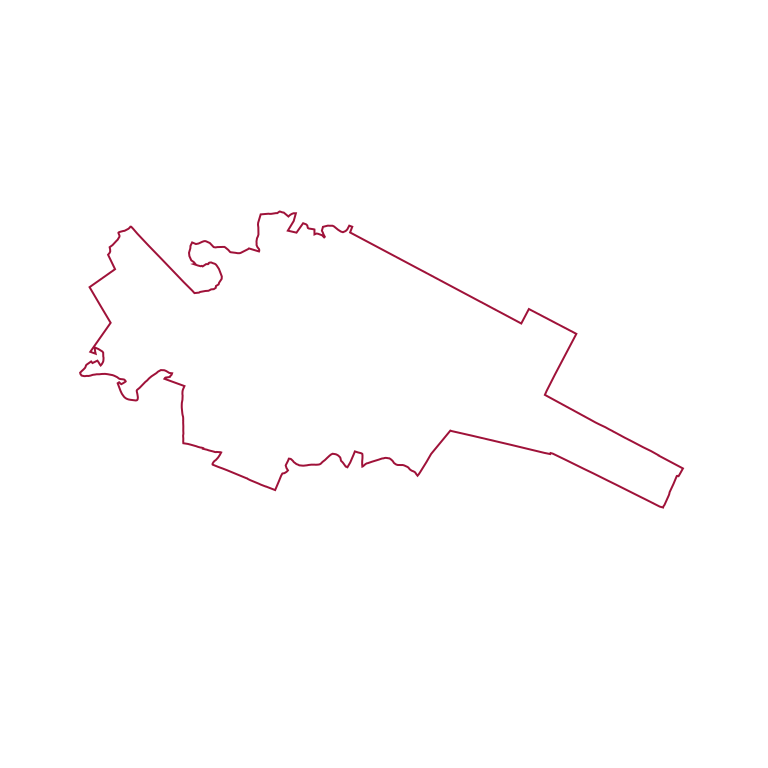 Stoenesti, Giurgiu, Romania (Mercator projection), rotated 290°
{"feature_id": "2599482B4424245077125", "entity_name": "Stoenesti", "entity_type": "district", "adm_level": 2, "iso_a3": "ROU", "parent_name": "Romania", "parent_adm1": "Giurgiu", "projection": "mercator", "projection_center": [25.883, 44.12], "detail": "fine", "context": "isolated", "style": "outline", "palette": "rose", "viewbox_px": 768, "rotation_deg": 290, "n_neighbors": 0, "source": "geoboundaries", "source_scale": "gbopen_adm2", "svg_char_len": 6076}
<svg xmlns="http://www.w3.org/2000/svg" viewBox="0 0 768 768"><g transform="rotate(290 384 384)"><path d="M406.9,693.8L410.7,666.5L410.9,666.5L412.3,657.9L413.2,649.2L414.9,636.6L415.9,628.5L417.6,617.0L417.7,615.7L417.9,615.2L418.4,611.1L419.1,606.8L419.7,600.2L420.2,595.8L421.0,590.7L428.8,538.9L433.3,539.2L451.4,541.4L496.9,547.6L504.0,494.5L487.8,492.3L502.8,385.9L514.8,300.3L520.9,300.4L520.9,297.2L516.6,296.6L514.6,295.6L512.6,293.5L512.5,291.4L513.2,288.2L515.0,283.0L515.1,281.5L513.5,276.9L510.8,272.9L506.8,273.2L505.4,274.7L503.9,276.0L502.1,278.0L501.3,277.6L502.6,274.9L502.6,270.6L502.3,269.1L500.8,267.5L505.4,265.8L505.4,265.3L504.4,260.2L504.6,259.1L505.4,258.5L506.7,257.7L507.3,256.5L507.4,256.0L507.4,253.0L496.3,250.0L495.2,241.2L506.2,243.4L514.3,242.8L513.5,240.6L512.2,239.1L511.2,238.3L510.2,237.6L508.7,236.9L510.8,231.2L510.5,229.6L510.5,227.4L510.3,226.8L508.1,225.3L507.6,224.0L505.4,220.0L504.8,218.5L504.5,217.2L501.2,210.1L492.5,210.6L490.6,211.1L488.1,212.4L481.5,214.9L479.5,215.0L477.5,214.8L474.4,215.4L472.3,216.3L471.0,216.7L469.3,218.3L468.1,220.3L467.5,220.8L466.5,221.2L465.8,221.2L465.2,210.7L464.3,210.2L458.1,204.4L457.4,203.3L456.9,201.9L456.5,199.7L455.4,194.9L455.4,194.3L456.8,191.7L458.1,188.0L458.2,187.0L455.7,180.7L454.7,178.9L454.4,177.1L456.9,172.1L457.2,168.4L457.2,167.5L456.7,166.1L455.6,164.7L452.6,161.7L451.2,159.4L451.4,155.3L447.6,154.9L445.3,155.6L440.6,155.9L437.6,157.4L434.3,160.6L433.5,163.6L432.4,165.5L431.6,164.3L431.7,168.8L432.0,171.5L432.7,172.4L432.5,173.4L435.8,175.8L436.5,177.7L437.0,178.0L437.6,177.9L438.2,178.3L438.7,179.1L439.1,180.1L439.0,181.8L439.1,183.6L439.0,184.4L438.7,185.3L437.8,186.7L435.6,189.6L429.6,194.8L427.3,195.5L422.8,194.4L421.0,194.5L418.6,192.6L416.8,193.0L414.9,191.6L413.8,189.2L411.6,187.2L410.3,184.3L407.6,179.7L406.6,178.9L404.6,174.8L406.1,172.0L411.3,160.8L425.2,132.6L433.6,115.3L440.9,100.8L444.1,95.1L445.1,93.1L445.3,92.6L445.1,91.9L444.1,91.6L442.5,90.8L439.2,87.8L438.7,86.8L436.9,84.2L436.2,83.3L435.6,82.8L435.4,82.7L434.9,82.9L433.1,84.6L432.4,84.9L431.8,85.0L431.2,84.9L430.4,84.7L428.6,84.4L426.9,83.6L421.7,81.4L418.7,79.4L416.8,80.6L414.9,81.4L414.4,81.4L413.3,81.3L411.1,80.5L399.9,92.0L374.3,74.2L360.0,91.5L348.0,106.2L313.8,97.0L313.8,102.7L316.0,101.3L317.8,100.4L319.4,99.8L319.2,103.5L318.2,108.3L317.4,109.4L313.8,110.8L313.1,111.3L311.8,111.8L309.6,112.4L308.4,112.4L307.0,112.2L306.0,112.0L304.5,111.4L304.9,110.7L306.9,108.2L307.9,106.7L304.0,102.9L305.0,101.1L300.4,97.9L299.5,97.6L298.2,97.7L296.8,97.5L295.0,96.7L292.5,95.4L290.7,94.6L289.6,95.3L288.5,96.9L288.8,99.4L289.2,100.5L290.0,102.0L290.4,103.4L291.5,105.3L293.0,107.2L294.3,109.7L294.9,110.7L295.8,113.2L296.9,115.4L298.1,118.4L298.7,121.0L299.5,125.9L299.5,127.6L299.2,130.6L299.1,131.1L298.5,133.0L298.4,133.8L298.6,135.1L299.0,136.6L299.2,137.6L299.3,138.2L299.1,138.9L298.6,139.9L298.1,140.4L297.8,140.3L295.7,138.7L294.0,137.2L294.3,136.1L295.0,134.5L293.6,133.5L287.5,138.7L285.2,141.0L284.0,142.7L282.9,144.4L282.3,146.1L282.1,147.5L282.1,149.2L282.4,151.0L283.6,156.3L284.1,157.2L284.7,157.6L285.5,157.7L286.0,157.6L287.2,157.3L288.0,156.9L290.5,155.5L291.7,154.7L292.9,154.0L293.2,153.9L294.0,154.0L296.9,155.7L304.3,159.0L306.3,160.2L308.9,161.3L311.7,162.9L316.4,166.4L318.3,167.4L320.8,169.6L321.0,170.4L321.3,171.3L321.8,172.9L321.7,174.9L321.0,178.4L321.2,179.5L321.6,181.2L320.0,181.2L319.2,180.9L319.1,180.7L318.7,180.5L317.5,180.4L317.3,180.1L316.6,179.0L316.1,178.0L315.3,176.5L314.9,176.2L313.8,175.9L313.8,197.2L310.7,197.0L309.3,197.0L307.7,197.3L305.6,198.0L304.3,198.7L300.2,200.0L297.1,200.5L294.6,201.3L292.5,202.1L287.5,204.5L286.2,205.2L284.3,206.5L282.2,207.4L281.3,207.6L280.8,207.9L279.0,208.5L275.6,209.9L271.6,211.3L268.7,212.5L266.7,212.9L264.0,214.1L261.0,215.1L259.7,215.7L260.6,220.1L260.9,223.3L261.3,228.8L261.3,230.8L261.5,233.1L261.8,234.3L261.9,236.0L261.2,236.0L261.7,240.2L261.7,241.8L262.3,247.8L262.2,247.9L262.5,249.5L262.9,249.9L264.0,253.8L264.0,254.4L262.0,254.1L261.6,254.1L258.0,253.2L255.1,252.0L254.1,251.3L253.2,250.8L252.3,250.5L250.8,250.2L250.3,250.2L249.9,250.3L249.6,250.6L249.4,256.6L249.4,261.3L249.3,266.0L248.4,286.9L248.4,287.3L248.5,287.5L248.2,288.5L247.9,291.1L247.5,300.4L247.3,302.5L247.2,307.3L247.2,307.9L247.3,308.0L247.1,318.0L256.9,318.5L262.5,318.7L264.6,319.0L265.1,319.1L265.3,319.3L266.0,320.7L266.4,321.1L267.9,322.3L268.6,322.7L270.0,323.3L271.6,321.2L272.9,320.2L273.8,319.5L274.3,319.5L279.3,320.1L280.6,320.1L281.3,320.1L281.6,321.2L281.6,322.4L280.6,324.7L279.8,325.9L279.5,326.8L279.3,327.7L278.9,328.7L278.8,329.3L278.8,330.8L278.6,332.2L279.4,335.3L279.9,336.7L281.3,339.5L282.1,340.8L283.4,343.4L285.0,348.0L285.5,349.2L286.1,350.4L286.6,351.1L287.4,351.8L289.8,352.9L292.5,354.6L295.0,355.8L298.1,357.4L299.7,358.4L300.9,359.6L301.0,360.2L301.4,362.1L301.5,363.4L301.2,365.2L300.9,366.0L300.1,367.8L299.5,368.4L297.7,369.5L297.1,370.0L296.4,371.6L295.7,372.8L293.3,376.3L293.5,377.0L293.2,377.8L293.2,378.1L298.6,379.1L307.3,379.6L310.7,379.7L310.8,382.9L311.1,385.7L311.1,386.9L310.9,387.5L309.6,388.2L307.0,389.1L304.0,389.9L300.9,391.0L299.0,391.9L299.5,392.4L302.4,394.0L303.5,394.9L304.1,395.9L306.8,399.2L311.1,404.9L313.3,407.6L313.8,408.6L314.1,409.2L314.5,409.6L315.2,410.9L315.5,412.2L315.8,414.0L316.0,414.5L315.6,416.1L314.9,417.9L314.3,419.0L313.3,420.2L312.7,422.1L312.5,423.1L312.6,424.6L313.8,428.1L314.1,428.7L314.3,429.6L314.4,430.9L314.2,433.1L314.1,434.4L313.8,435.5L312.6,437.5L312.1,439.3L312.0,440.1L312.0,441.4L311.8,442.9L311.4,443.8L310.4,445.1L309.3,446.9L311.3,447.6L313.9,448.2L325.3,450.6L334.4,452.2L362.9,462.3L362.9,463.6L365.7,485.8L370.3,524.5L374.1,558.1L375.0,564.1L376.1,564.1L376.3,566.4L374.7,582.0L372.6,601.1L371.6,611.3L369.7,627.9L368.8,636.3L368.7,637.1L365.5,664.7L365.3,666.6L364.7,671.8L363.1,685.1L363.4,688.5L364.5,688.4L366.2,688.9L367.3,689.0L376.8,689.7L378.1,689.7L380.0,689.4L389.1,690.2L397.7,690.6L397.9,690.8L398.0,691.1L398.0,692.1L398.1,692.3L400.1,692.7L406.9,693.8Z" fill="none" stroke="#9f1239" stroke-width="2"/></g></svg>